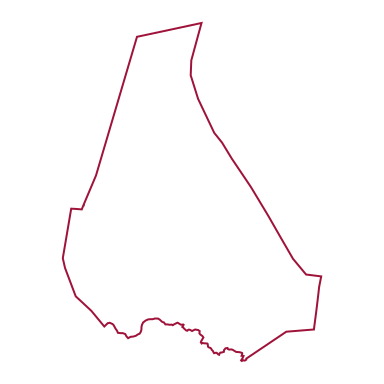 the district of San Miguel Tilquiápam, Oaxaca, Mexico
{"feature_id": "50627088B17922622757176", "entity_name": "San Miguel Tilquiápam", "entity_type": "district", "adm_level": 2, "iso_a3": "MEX", "parent_name": "Mexico", "parent_adm1": "Oaxaca", "projection": "mercator", "projection_center": [-96.563, 16.786], "detail": "fine", "context": "isolated", "style": "outline", "palette": "rose", "viewbox_px": 384, "rotation_deg": 0, "n_neighbors": 0, "source": "geoboundaries", "source_scale": "gbopen_adm2", "svg_char_len": 1963}
<svg xmlns="http://www.w3.org/2000/svg" viewBox="0 0 384 384"><path d="M91.3,310.8L104.3,326.5L107.7,323.2L109.8,322.8L112.6,324.1L113.6,325.1L114.6,326.9L115.6,328.8L116.9,330.5L117.9,332.8L120.0,333.1L122.7,333.1L125.3,334.1L126.3,336.1L128.1,338.2L130.6,336.8L133.1,336.6L135.8,335.8L137.7,334.5L139.6,333.7L140.8,331.8L141.4,329.8L141.5,326.8L142.0,324.8L143.1,322.5L145.7,320.5L148.2,319.4L150.5,319.2L152.7,319.2L155.0,318.5L158.1,318.6L159.7,319.6L162.2,321.9L164.0,322.5L165.4,324.4L167.6,324.4L169.7,324.8L171.7,324.6L172.7,325.2L174.0,324.4L177.4,322.7L178.2,323.0L180.1,324.3L180.7,324.6L181.4,324.7L182.0,324.7L183.2,324.5L183.6,324.8L183.2,325.7L182.4,326.6L182.3,327.0L183.4,327.7L184.2,328.7L186.3,330.5L187.4,330.7L187.8,330.1L188.8,329.6L189.9,329.8L192.1,331.0L193.4,330.3L195.2,329.5L196.7,329.8L198.1,330.0L199.7,331.1L199.4,333.3L200.2,334.4L202.5,336.1L203.4,337.5L201.2,341.2L200.8,342.3L201.7,343.5L202.4,343.0L204.2,343.3L207.2,343.5L207.7,344.0L208.0,346.6L208.4,347.1L209.3,347.6L210.4,347.9L211.2,348.7L211.7,349.8L212.5,350.6L213.1,351.3L213.4,352.1L214.1,353.2L215.6,352.8L216.7,352.8L218.2,354.4L219.1,354.8L219.7,353.3L220.4,352.6L221.8,352.5L223.9,351.8L224.0,350.2L225.5,348.3L227.5,348.0L227.8,349.0L229.2,349.6L231.1,349.4L232.5,349.7L236.1,351.9L239.7,352.2L242.0,352.9L242.3,353.8L241.6,355.8L243.5,356.0L243.0,357.3L241.1,360.4L241.8,361.0L243.3,360.2L244.3,360.6L245.4,360.3L246.3,359.6L246.3,358.6L286.3,331.7L313.7,329.5L313.9,329.5L316.3,311.1L318.4,293.6L319.1,287.1L321.2,276.4L306.0,274.5L305.5,273.8L305.3,273.6L293.0,258.8L280.9,237.9L268.2,215.7L250.9,187.0L233.8,161.6L231.9,158.8L222.1,142.7L214.2,132.8L198.1,98.9L190.7,75.3L191.3,60.4L201.5,23.0L137.0,36.8L96.0,175.5L85.3,200.8L83.5,205.1L83.8,205.2L83.7,205.6L83.1,206.0L82.5,207.5L81.8,209.4L75.3,208.9L74.0,208.8L73.0,208.8L71.8,208.7L71.2,208.7L62.8,258.2L65.0,267.9L74.7,293.6L75.7,296.3L91.3,310.8Z" fill="none" stroke="#9f1239" stroke-width="2"/></svg>